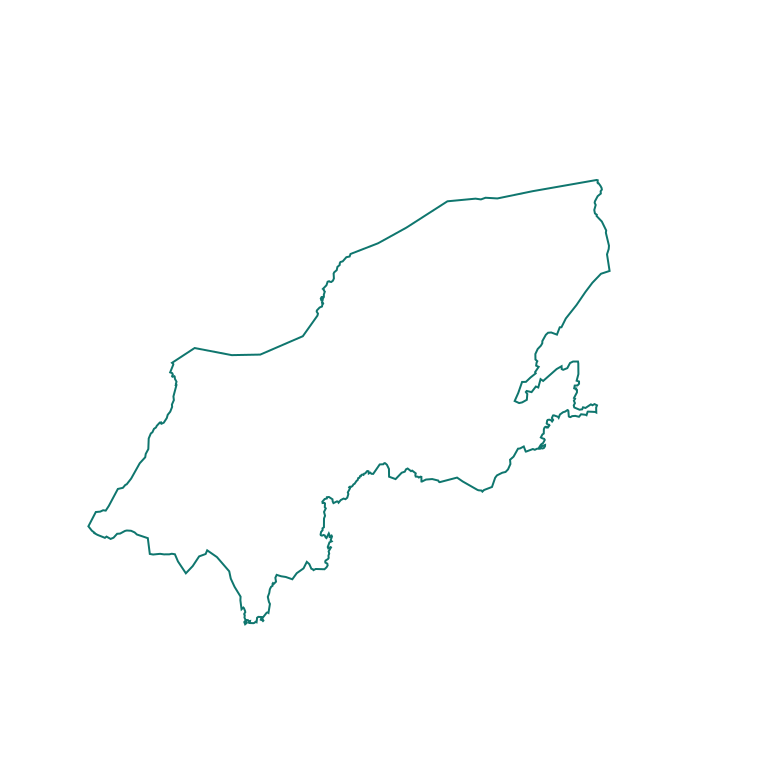 outline of Medumu pag., Daugavpils, Latvia, rotated 116°
{"feature_id": "27541924B97158301114039", "entity_name": "Medumu pag.", "entity_type": "district", "adm_level": 2, "iso_a3": "LVA", "parent_name": "Latvia", "parent_adm1": "Daugavpils", "projection": "equal_earth", "projection_center": [26.374, 55.776], "detail": "fine", "context": "isolated", "style": "outline", "palette": "teal", "viewbox_px": 768, "rotation_deg": 116, "n_neighbors": 0, "source": "geoboundaries", "source_scale": "gbopen_adm2", "svg_char_len": 6166}
<svg xmlns="http://www.w3.org/2000/svg" viewBox="0 0 768 768"><g transform="rotate(116 384 384)"><path d="M576.6,356.3L574.0,355.3L571.8,355.1L570.3,356.2L570.2,358.4L569.3,359.0L568.3,359.1L565.8,357.6L564.6,357.5L562.6,358.7L560.5,358.9L558.7,360.4L554.1,360.0L554.0,360.5L556.1,362.1L555.2,363.1L550.2,363.6L548.3,362.0L547.7,363.5L543.8,363.9L543.3,364.6L545.1,365.2L545.4,365.7L543.8,366.6L542.5,368.1L547.7,368.2L547.5,369.1L546.1,370.9L546.2,372.1L547.5,373.3L547.6,374.5L547.1,375.0L544.5,375.7L542.3,375.1L540.7,376.0L539.1,375.2L531.1,379.0L528.3,379.2L525.3,381.8L521.3,381.8L520.7,383.2L517.2,384.7L517.0,385.5L517.9,387.0L516.8,387.8L513.4,386.9L511.9,385.2L510.8,385.7L509.7,384.0L510.2,379.8L512.1,378.6L513.2,377.2L510.1,374.8L509.9,374.0L510.6,372.8L507.3,372.0L504.7,370.1L504.4,368.1L502.3,367.2L498.5,367.8L497.3,369.0L492.8,368.8L492.2,369.3L492.2,370.0L491.8,370.0L491.1,369.5L491.2,368.7L489.7,367.7L487.5,367.4L486.6,366.7L483.1,366.2L482.1,365.6L479.8,365.9L479.1,365.0L477.2,365.1L476.9,364.4L475.9,364.5L474.9,363.9L474.7,362.6L473.4,362.6L472.4,361.6L469.9,361.1L469.3,360.4L469.3,359.6L471.1,358.5L469.7,357.5L470.2,355.9L469.5,354.3L458.2,352.6L456.4,349.4L455.0,349.0L454.7,348.2L455.3,346.0L458.2,342.3L465.1,338.8L464.4,331.9L456.0,329.2L453.7,326.9L451.0,326.8L449.6,325.7L450.5,321.5L449.5,320.7L450.4,316.3L452.2,315.9L453.3,314.9L452.5,313.0L452.8,311.7L451.3,310.6L451.1,309.7L455.2,307.6L455.1,307.2L451.5,304.4L448.3,299.0L447.0,292.9L447.8,291.8L447.8,290.9L436.1,277.3L437.1,270.5L438.2,253.6L438.1,252.5L437.0,249.6L437.6,248.4L435.4,247.6L429.2,241.8L419.5,243.0L416.6,242.4L411.9,238.8L409.8,236.2L406.4,235.1L400.5,235.3L396.8,237.5L392.5,235.7L383.4,235.2L382.3,233.5L378.9,231.0L382.6,227.0L382.4,226.6L377.2,221.7L377.0,219.6L375.0,218.0L373.8,215.4L372.6,214.2L372.4,213.1L371.3,212.2L369.3,212.0L368.2,212.5L370.9,215.0L372.3,215.5L372.5,216.7L369.7,216.4L367.2,215.1L363.8,215.0L363.1,216.0L363.4,217.9L363.3,219.6L359.9,219.5L358.5,218.7L354.5,220.5L352.8,220.6L351.7,220.1L351.2,218.7L351.7,218.5L351.3,217.6L348.6,217.2L348.3,217.7L348.6,219.3L348.1,220.5L345.3,221.3L344.5,221.1L343.6,219.8L343.4,217.8L344.0,216.5L342.2,216.2L341.0,218.2L338.2,218.3L337.7,217.6L337.2,213.2L337.8,212.2L334.3,212.5L330.9,210.7L329.4,209.1L327.0,207.7L327.0,207.0L327.4,206.5L332.1,203.7L332.3,203.0L332.0,201.9L330.4,200.8L328.8,198.1L328.0,194.4L324.8,193.6L323.3,189.3L323.3,188.3L319.6,188.8L319.3,188.4L316.6,182.1L316.6,180.7L312.2,183.0L309.8,183.2L309.8,186.0L311.7,187.3L311.6,189.1L317.2,192.4L317.7,194.9L319.9,194.8L321.4,197.0L321.7,202.6L321.4,203.0L320.0,204.1L317.5,204.0L315.8,206.0L313.5,205.8L313.3,207.1L307.0,206.9L304.8,207.9L304.8,209.3L303.8,209.4L304.4,211.2L301.8,211.9L300.5,209.5L298.3,208.8L296.3,209.8L296.6,212.3L289.9,213.6L280.3,218.4L278.8,219.5L280.9,223.9L283.6,226.0L289.4,226.2L292.7,229.2L292.7,230.8L290.2,232.2L294.9,235.4L311.5,242.3L311.0,245.4L319.5,243.8L319.7,246.4L326.6,247.8L327.7,252.7L329.0,253.0L330.2,250.8L335.6,248.7L340.0,251.8L341.9,254.2L342.0,259.1L333.2,259.4L321.6,260.8L319.9,257.4L314.0,255.2L307.9,252.3L307.1,253.4L300.8,252.5L300.8,255.3L298.0,256.2L296.3,256.2L295.6,258.6L290.7,261.1L285.1,261.2L280.8,259.8L278.0,259.6L276.0,260.5L268.8,260.1L266.0,259.0L264.4,256.3L263.8,250.2L256.0,250.9L255.2,249.4L245.4,249.3L228.6,245.6L212.9,243.3L201.7,241.1L189.8,237.3L183.5,230.8L169.7,240.4L164.2,241.2L161.1,242.4L150.8,250.9L148.6,251.6L142.5,259.4L139.8,266.6L138.6,266.9L138.2,269.2L135.4,271.3L130.3,272.2L128.8,274.1L127.3,274.5L121.5,274.3L117.8,272.6L115.8,273.8L113.8,273.4L112.4,274.4L110.9,276.5L109.5,279.2L109.8,279.6L109.5,280.3L107.2,281.2L107.4,282.3L145.6,335.0L167.5,363.4L172.1,374.4L175.6,377.8L177.3,383.0L192.0,407.1L233.6,432.4L260.2,451.1L281.8,471.1L284.5,470.8L286.5,473.4L291.9,474.9L293.4,476.6L294.8,476.7L296.5,476.0L299.2,477.2L302.4,476.4L305.4,477.7L306.8,477.7L311.1,475.3L313.5,475.2L315.4,476.1L315.8,477.3L315.7,478.4L316.8,479.5L320.5,479.0L325.3,480.6L325.5,479.5L326.3,479.1L326.9,477.7L330.0,477.3L332.1,476.2L333.0,476.3L332.8,477.5L333.2,478.2L334.9,478.3L335.9,477.3L334.9,476.7L335.1,476.0L337.9,475.5L338.6,474.9L338.1,474.2L338.4,473.9L339.7,474.2L341.5,473.7L343.5,475.4L347.3,476.6L348.5,476.2L349.7,474.2L351.7,473.8L376.6,477.9L411.8,508.1L424.8,533.5L434.7,570.0L457.9,583.8L458.3,582.3L458.8,581.9L467.3,581.3L467.1,579.1L468.0,578.0L469.9,577.9L470.2,577.3L468.9,575.8L469.1,575.4L471.1,574.1L472.9,571.5L475.2,571.1L475.4,570.5L476.4,570.6L476.4,570.0L487.5,567.8L490.6,565.8L495.5,565.6L497.4,564.4L502.6,564.0L506.5,564.9L509.8,564.3L515.3,565.0L517.3,566.6L517.2,567.2L516.3,567.6L516.9,568.6L521.2,569.9L523.0,569.9L525.2,571.1L528.9,571.0L530.7,571.9L536.1,571.6L545.8,567.3L551.3,567.5L554.5,566.5L562.3,568.8L579.9,569.8L587.0,571.3L588.0,572.2L591.8,573.2L595.0,577.2L614.3,577.9L619.8,578.6L620.6,581.1L623.1,583.1L625.4,586.9L641.5,587.3L643.9,582.3L644.6,579.0L645.0,579.0L645.2,575.4L644.6,567.4L642.8,566.5L643.1,561.8L640.7,559.7L635.6,558.2L634.1,555.6L629.6,552.4L628.4,550.9L626.8,547.0L626.7,543.1L627.6,540.1L626.1,528.7L639.4,520.0L638.5,516.8L634.8,510.8L633.6,507.1L631.2,502.3L629.6,500.3L628.7,497.3L633.8,491.4L641.0,479.1L631.5,476.1L620.0,474.6L615.0,469.8L611.0,470.0L612.8,458.3L620.2,441.0L626.1,436.4L631.8,429.4L638.0,419.7L641.3,418.3L648.9,413.3L646.6,412.5L646.9,411.6L649.1,409.2L650.1,408.6L651.6,408.9L652.5,408.5L652.8,407.8L655.1,407.0L656.6,405.2L656.5,404.6L659.2,405.2L660.8,403.5L659.0,402.7L657.7,403.9L656.3,403.9L655.9,402.8L656.5,401.6L655.7,400.5L656.9,400.2L657.7,400.8L657.9,400.4L656.2,396.5L655.4,395.7L654.0,395.2L654.0,394.1L649.7,395.6L648.4,394.9L646.9,391.4L647.6,390.8L649.2,391.6L649.9,391.4L649.7,390.0L650.1,388.9L649.5,388.7L648.4,390.4L647.5,390.6L641.0,389.2L640.3,388.5L640.4,387.5L631.7,390.1L630.3,391.9L626.3,395.1L622.2,395.5L618.6,396.6L615.9,396.6L614.2,395.7L612.4,396.6L611.6,396.5L611.9,395.4L609.0,394.4L605.8,396.7L602.6,396.8L601.9,392.2L600.5,387.7L599.7,380.8L592.3,379.5L585.0,375.5L577.7,375.4L578.6,372.2L581.9,368.3L581.7,366.7L582.2,365.8L580.2,364.3L576.6,356.3Z" fill="none" stroke="#0f766e" stroke-width="2"/></g></svg>